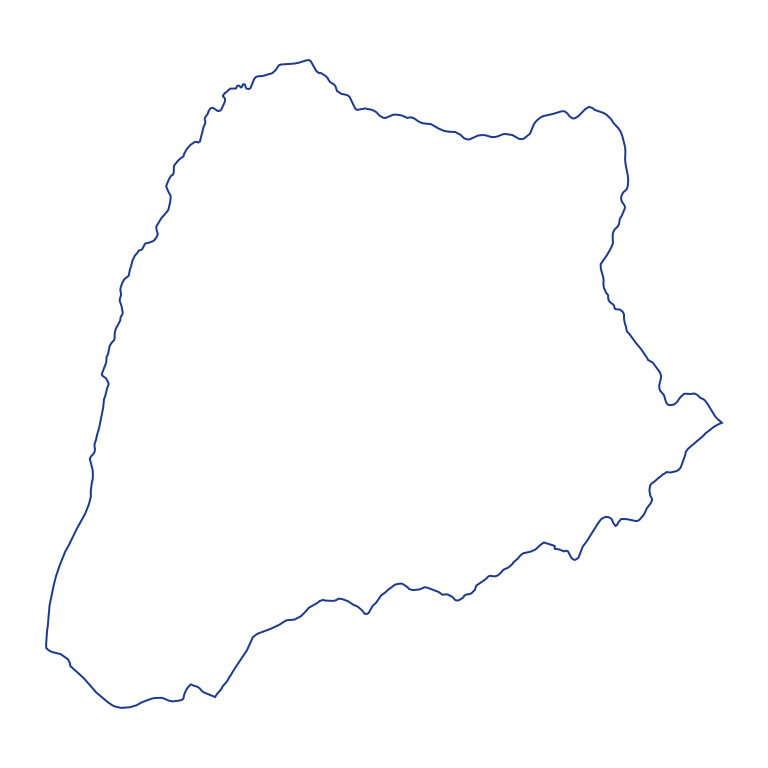 Ospina, Nariño, Colombia (Natural Earth projection)
{"feature_id": "7082276B72595090323112", "entity_name": "Ospina", "entity_type": "district", "adm_level": 2, "iso_a3": "COL", "parent_name": "Colombia", "parent_adm1": "Nariño", "projection": "natural_earth1", "projection_center": [-77.546, 1.029], "detail": "fine", "context": "isolated", "style": "outline", "palette": "blue", "viewbox_px": 768, "rotation_deg": 0, "n_neighbors": 0, "source": "geoboundaries", "source_scale": "gbopen_adm2", "svg_char_len": 6039}
<svg xmlns="http://www.w3.org/2000/svg" viewBox="0 0 768 768"><path d="M721.9,422.8L716.6,418.1L715.1,416.3L707.2,403.4L704.7,400.2L703.1,399.0L700.6,398.0L697.0,394.7L694.3,393.5L690.5,394.0L685.4,393.7L683.7,394.0L679.9,397.8L677.2,401.8L674.0,404.6L670.2,405.1L668.9,405.0L667.6,404.3L666.5,403.0L665.7,401.0L664.0,395.2L660.1,390.6L659.4,388.5L659.2,385.5L661.2,376.8L660.9,375.1L659.6,371.9L652.9,362.8L647.9,359.8L647.3,358.3L641.3,349.4L636.1,343.2L630.0,334.8L627.1,331.5L626.2,328.8L626.0,326.4L625.1,324.4L624.1,319.5L624.0,314.4L622.5,311.5L619.9,309.6L615.8,309.2L614.8,308.7L614.0,305.6L612.8,304.2L609.8,302.0L608.6,300.1L608.2,298.2L608.1,295.1L606.3,293.0L604.0,288.2L603.4,284.4L603.6,280.3L603.4,278.1L600.8,268.6L600.7,264.1L606.7,255.5L610.5,248.9L612.3,245.2L613.0,242.5L612.7,239.0L612.8,233.5L614.2,230.0L618.0,226.1L618.6,224.9L619.1,223.6L619.8,219.0L621.9,215.5L624.9,208.1L624.9,206.7L624.5,205.5L621.8,201.6L621.0,198.2L621.8,195.0L623.4,192.1L625.7,190.3L627.0,188.7L627.8,185.6L628.2,180.5L627.8,175.6L625.6,164.4L625.1,159.9L625.4,151.4L625.1,147.2L622.4,136.4L620.6,131.6L618.5,128.4L613.4,122.9L611.2,119.2L606.6,114.8L603.7,113.0L595.0,110.0L592.3,107.9L589.0,106.9L585.3,109.1L578.4,116.1L575.2,118.1L574.0,118.4L572.5,118.4L569.6,116.4L567.5,113.6L565.0,111.5L563.1,111.2L561.2,111.4L553.1,113.9L543.2,116.1L540.3,117.6L536.7,120.6L534.1,123.7L530.0,133.7L523.9,138.6L522.2,139.1L519.1,138.9L512.3,135.0L504.2,133.8L497.2,136.5L494.7,137.0L491.8,137.1L484.8,135.1L480.5,135.2L477.9,135.6L469.8,139.3L468.0,139.5L464.1,138.3L460.3,134.6L455.1,132.0L448.9,131.7L444.3,131.0L439.1,128.8L430.9,124.1L423.6,123.4L421.0,122.7L417.9,121.1L414.2,118.4L412.5,117.7L410.6,117.3L407.4,117.9L401.5,115.4L395.7,114.5L392.8,114.9L385.4,118.0L383.5,117.9L379.6,115.7L376.3,112.2L374.3,110.9L370.6,109.4L368.0,109.2L365.6,108.4L357.0,109.9L355.9,109.3L355.0,108.2L349.5,96.7L346.9,95.0L341.3,93.8L337.0,91.0L335.6,86.7L334.2,84.6L329.9,81.9L328.2,79.4L327.8,78.2L325.6,76.0L321.1,73.1L318.8,72.9L317.4,72.0L316.0,70.5L310.7,61.1L309.1,60.1L306.2,60.4L298.4,62.8L294.1,63.6L281.1,64.5L278.9,65.3L275.3,70.5L272.2,73.2L262.6,76.0L257.7,76.4L256.1,76.9L254.1,79.1L250.6,87.9L249.6,88.7L248.7,89.0L246.7,88.7L245.8,87.6L244.9,84.6L243.5,84.2L242.7,84.7L242.0,86.7L241.4,87.3L240.7,87.4L239.8,86.3L238.7,85.6L237.3,85.8L235.9,88.5L230.4,88.6L228.5,90.0L225.9,92.6L224.7,93.0L224.0,94.4L223.1,95.2L222.9,96.1L224.9,98.5L225.1,100.8L224.0,103.7L221.4,109.2L220.2,110.6L218.6,111.0L217.4,110.8L213.1,107.9L211.0,108.1L210.2,108.6L208.5,111.4L207.9,113.4L205.0,117.7L204.7,119.1L205.3,121.8L205.1,123.6L203.6,127.0L199.9,141.5L198.4,142.5L195.8,141.8L194.9,141.9L190.4,144.9L186.7,149.2L184.2,153.7L183.4,156.5L180.7,158.2L177.9,160.8L174.3,165.3L173.9,166.9L173.7,172.8L172.7,174.9L171.3,175.5L169.1,178.8L166.1,186.2L168.8,192.7L170.4,195.0L170.7,196.8L170.3,201.5L168.9,207.7L168.3,209.7L167.4,211.2L161.2,218.4L156.5,226.2L156.2,227.6L156.8,230.8L157.8,233.8L157.1,236.2L154.7,239.8L153.1,241.1L148.9,242.7L145.6,243.4L144.9,244.0L142.1,249.4L138.8,250.6L137.7,252.5L134.8,255.7L132.5,260.5L131.1,266.0L129.9,269.8L128.8,275.2L128.1,276.3L124.4,279.1L122.1,283.2L120.5,288.2L120.4,290.1L121.1,294.6L119.8,299.3L119.7,301.0L121.4,305.6L122.7,312.5L122.5,313.9L120.6,317.3L120.2,320.6L115.8,328.8L114.7,332.9L114.6,338.6L113.9,340.4L111.4,343.0L109.6,346.1L108.0,354.3L106.6,356.6L106.3,361.7L105.8,363.6L101.8,374.0L102.2,375.5L106.1,378.4L108.5,383.0L108.6,384.6L107.2,387.9L105.3,395.8L104.0,399.4L103.2,407.5L99.1,428.0L97.2,434.3L95.9,440.2L94.6,443.7L94.5,446.4L95.0,449.0L94.5,452.2L92.1,455.4L91.1,456.2L89.8,458.7L92.6,469.9L92.9,474.7L92.6,479.8L91.9,482.1L90.8,490.9L90.8,496.9L88.9,504.3L85.0,514.0L76.7,529.0L68.8,545.2L65.3,551.4L59.6,565.6L56.0,576.2L53.8,584.8L49.5,605.7L47.8,625.8L47.0,631.4L46.1,645.1L46.2,647.8L47.5,649.3L49.9,651.1L52.8,652.2L60.6,654.1L68.1,659.4L69.9,663.1L70.3,666.0L83.7,678.1L96.4,692.6L108.2,702.5L112.5,705.4L115.7,706.7L121.3,707.9L130.1,707.2L136.2,705.4L141.9,702.3L147.5,700.1L152.0,698.6L155.1,698.0L161.2,697.8L163.4,698.3L168.7,700.6L172.3,701.4L177.2,700.9L181.4,700.1L183.3,698.8L184.3,694.4L186.3,689.6L188.7,686.5L190.9,684.4L194.0,685.8L197.0,686.6L199.5,688.2L202.0,691.1L204.0,692.5L215.1,697.0L216.8,694.3L220.9,689.5L223.0,685.9L226.1,682.5L227.9,679.9L229.4,677.0L230.6,675.4L234.8,668.4L246.8,650.5L252.9,637.2L256.4,634.4L258.1,633.5L271.4,628.5L279.6,624.6L285.1,621.0L287.0,620.2L294.5,619.6L299.8,616.8L301.1,616.1L304.8,612.4L308.8,607.8L317.7,602.7L319.7,601.0L323.3,599.9L325.2,600.6L333.5,600.9L336.1,600.2L338.8,598.6L342.3,599.1L347.9,601.2L353.6,604.9L357.7,606.6L362.2,610.5L364.6,613.7L366.7,614.0L368.7,612.9L372.6,605.9L376.2,602.6L381.2,595.3L384.8,592.8L388.2,589.7L395.3,584.5L400.2,583.6L401.8,583.7L403.7,584.6L407.9,587.5L408.7,588.8L411.8,589.9L413.4,590.1L419.9,589.3L424.4,587.2L427.4,587.7L438.5,591.9L442.4,594.7L446.9,594.3L448.5,594.8L452.7,597.1L455.0,599.8L456.3,600.5L458.9,600.3L463.0,597.7L464.5,595.4L467.2,594.3L469.7,594.1L471.5,593.2L474.9,589.8L476.3,585.6L485.8,579.1L488.2,576.6L489.7,575.8L494.8,576.4L497.5,575.6L500.4,573.2L503.4,569.8L508.7,567.3L512.7,563.7L513.3,562.4L517.8,558.6L520.5,555.3L522.4,553.8L523.6,553.2L530.4,551.7L535.2,549.7L541.2,544.3L543.9,542.5L554.7,545.9L554.6,548.7L559.3,549.5L564.0,551.4L565.7,550.7L567.9,551.3L571.1,557.3L572.2,558.7L574.3,559.9L575.4,559.7L577.8,558.3L578.6,557.4L582.7,546.6L586.7,541.4L597.8,523.6L601.0,519.3L604.4,517.3L606.2,516.9L608.5,517.2L610.4,518.1L611.6,519.1L613.6,523.4L615.4,525.9L616.9,525.2L618.2,522.6L620.9,519.2L622.4,519.0L627.1,519.2L636.1,521.1L638.2,520.6L639.6,519.7L643.9,514.6L646.9,508.2L650.7,503.2L652.1,500.1L652.0,498.9L650.2,495.3L649.4,490.4L650.1,485.6L651.6,483.5L654.4,481.6L659.1,477.4L660.7,476.5L662.5,474.6L665.0,473.3L666.4,472.1L670.5,472.5L676.2,471.2L678.7,469.9L680.8,467.2L685.2,455.1L685.9,451.6L688.2,448.6L703.6,435.5L705.4,433.4L714.2,426.6L718.8,424.1L721.9,422.8Z" fill="none" stroke="#1e3a8a" stroke-width="2"/></svg>